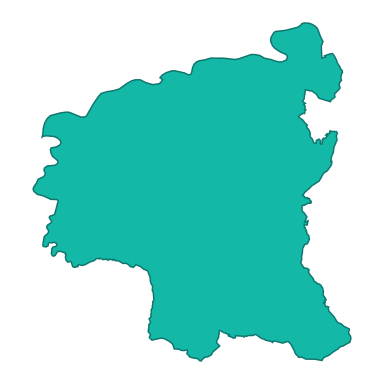 outline of Mica, Cluj, Romania
{"feature_id": "2599482B98044296653209", "entity_name": "Mica", "entity_type": "district", "adm_level": 2, "iso_a3": "ROU", "parent_name": "Romania", "parent_adm1": "Cluj", "projection": "natural_earth1", "projection_center": [23.988, 47.128], "detail": "fine", "context": "isolated", "style": "filled", "palette": "teal", "viewbox_px": 384, "rotation_deg": 0, "n_neighbors": 0, "source": "geoboundaries", "source_scale": "gbopen_adm2", "svg_char_len": 5920}
<svg xmlns="http://www.w3.org/2000/svg" viewBox="0 0 384 384"><path d="M322.0,360.5L323.1,358.3L324.7,357.1L329.0,355.2L333.0,352.1L338.3,348.7L340.4,346.6L343.1,346.0L347.6,343.3L349.8,342.4L350.9,338.7L350.5,336.1L348.7,333.6L348.7,331.8L349.4,329.7L349.2,328.9L343.9,326.3L341.1,323.8L338.5,322.9L337.3,322.1L333.7,316.4L329.1,311.4L328.2,308.6L328.7,307.0L327.6,306.5L325.6,306.4L324.5,303.7L323.6,303.3L323.7,302.8L325.1,302.7L324.8,302.1L325.1,301.8L324.8,301.1L324.4,301.0L324.5,300.6L326.2,299.8L323.2,295.0L323.1,293.1L323.5,291.8L322.4,287.3L321.5,286.8L321.1,285.5L319.3,284.0L317.6,283.8L316.3,282.4L314.2,281.4L313.2,278.6L308.9,273.3L308.6,271.7L309.1,269.9L307.5,268.5L303.7,267.8L303.7,267.3L302.8,266.4L301.1,263.4L301.0,261.5L301.8,259.7L301.5,257.2L302.4,252.5L302.6,248.7L304.5,244.9L305.8,244.0L306.8,244.1L307.9,242.8L309.5,238.9L308.8,237.8L309.1,237.0L308.5,235.1L307.1,234.2L306.4,230.5L305.7,229.5L305.2,227.7L304.2,226.6L304.3,224.9L307.2,225.0L308.0,220.8L304.7,222.4L306.9,216.8L304.0,212.7L302.0,210.9L302.1,206.5L302.4,205.5L304.6,205.2L307.9,203.2L310.7,203.3L311.4,201.7L311.3,201.3L310.3,200.8L309.4,198.6L308.5,198.3L308.0,198.8L307.3,197.7L305.3,197.8L304.2,196.3L302.6,195.5L304.9,192.2L309.8,188.0L311.4,186.1L319.3,180.9L323.5,173.3L327.4,170.7L331.5,164.8L331.9,161.3L330.7,161.1L331.7,156.1L333.4,152.3L333.9,147.3L337.0,140.0L336.3,135.8L337.4,133.2L336.5,131.6L331.6,131.4L330.2,130.8L329.7,131.5L329.6,133.5L326.9,133.8L325.8,135.1L327.6,135.4L326.1,137.5L324.7,138.5L323.6,138.2L322.6,139.1L322.2,140.3L322.9,140.7L322.7,141.5L322.2,141.8L322.0,144.2L320.2,143.8L320.5,141.5L319.7,139.5L318.6,139.2L316.5,140.4L316.2,141.2L316.4,142.8L314.6,143.3L313.7,142.7L312.5,139.3L310.3,136.8L310.0,132.4L308.7,129.5L306.9,127.6L306.5,125.5L307.2,125.3L306.9,124.6L304.7,122.6L302.8,120.0L299.8,117.9L298.4,116.4L301.8,113.9L303.1,113.4L304.4,113.6L304.9,112.3L304.9,110.8L305.9,109.9L304.6,108.8L305.0,108.1L305.1,106.7L304.9,105.8L303.7,104.3L305.3,103.4L302.4,101.4L304.0,99.1L304.4,96.9L304.3,95.8L304.9,94.2L305.3,89.6L309.1,90.7L311.3,90.8L312.7,91.5L316.3,94.1L318.9,98.2L330.4,101.7L330.8,100.4L335.0,97.0L334.4,94.5L334.9,93.6L339.9,88.5L339.8,86.5L339.2,85.8L339.2,84.7L339.8,82.2L341.5,80.4L340.8,77.7L341.4,74.5L342.5,72.5L342.3,70.6L340.4,68.7L340.0,67.1L337.3,62.9L336.5,60.1L334.2,55.7L332.4,53.5L329.1,54.2L324.6,55.8L325.5,57.0L321.8,57.9L321.3,46.1L323.0,41.5L320.7,37.3L318.3,30.6L317.1,28.1L314.9,26.0L311.8,24.2L309.0,23.2L304.1,23.0L302.0,23.6L300.1,25.7L297.3,27.4L285.3,30.4L275.4,31.5L273.8,32.7L271.5,36.5L270.7,38.6L270.7,41.6L272.5,45.7L274.7,48.2L277.1,49.9L280.6,52.1L286.4,54.7L287.5,56.6L286.5,59.9L282.3,61.8L279.6,62.0L275.1,61.0L271.3,59.6L264.5,58.2L259.6,55.4L254.5,54.5L250.9,54.6L239.1,58.7L235.1,59.5L223.9,58.2L210.8,58.1L204.3,60.0L199.5,60.7L196.6,61.9L194.2,64.1L192.6,67.6L191.7,72.2L191.0,74.0L189.8,74.7L188.4,74.8L184.3,72.9L175.0,70.8L171.7,70.9L166.4,72.6L162.3,75.1L160.0,77.7L162.6,79.8L160.3,82.9L158.4,83.9L152.7,84.6L146.0,82.7L140.2,79.8L135.4,79.8L131.7,80.8L127.2,83.3L119.2,89.0L113.9,90.6L107.1,91.7L101.9,93.2L101.0,93.7L98.7,96.2L93.4,103.8L86.5,115.9L84.7,117.0L81.0,117.1L69.5,112.4L66.7,112.1L61.0,112.8L50.4,115.6L47.0,118.8L44.7,123.1L43.2,128.7L42.9,133.8L42.2,137.0L43.1,136.3L46.3,135.8L54.2,136.5L57.8,138.2L59.9,140.1L60.8,141.7L60.9,143.4L59.3,145.4L56.0,147.0L51.5,147.8L50.7,148.6L50.4,150.1L51.0,153.2L52.5,156.3L57.0,160.0L57.9,161.4L58.0,162.5L57.1,163.8L54.7,165.4L47.5,165.9L44.6,167.9L43.9,170.0L45.3,173.0L44.9,175.2L42.9,177.1L38.2,179.2L36.3,183.4L33.8,186.9L33.1,189.2L34.0,191.5L37.4,194.4L43.5,195.9L50.7,199.3L57.2,199.6L58.2,200.9L54.7,214.2L53.8,214.9L49.9,216.2L49.4,216.8L49.4,218.1L51.4,221.0L51.6,222.0L50.8,223.0L47.8,224.9L46.9,226.2L46.8,227.8L48.5,230.6L48.6,232.1L47.5,233.8L45.3,235.5L44.1,237.2L42.9,244.5L42.9,245.8L43.5,246.5L46.1,246.9L47.9,246.0L48.5,243.2L49.4,242.7L52.1,242.8L54.0,242.3L56.5,243.3L56.9,244.8L56.5,245.7L55.4,246.6L53.1,247.0L51.9,248.6L51.4,253.5L52.3,255.7L53.5,256.1L55.1,255.5L57.2,252.0L58.3,251.4L61.2,251.5L64.9,252.9L65.4,253.2L65.4,254.4L66.1,254.9L65.4,257.2L66.2,260.5L67.9,262.1L70.0,261.5L71.1,261.8L72.7,266.5L73.8,267.2L75.2,267.3L75.7,266.7L77.7,266.8L78.2,266.0L78.1,264.8L78.5,264.6L82.2,265.4L84.9,264.8L90.1,261.9L94.3,260.6L95.9,258.9L98.8,258.3L99.2,258.9L99.9,258.2L103.4,259.7L106.3,259.0L107.1,259.9L107.8,259.5L108.6,260.1L108.8,259.4L111.7,259.5L112.5,260.1L112.8,259.5L113.5,259.9L114.6,259.4L115.0,260.6L119.0,261.0L122.8,263.4L125.8,263.3L128.8,264.6L129.3,265.8L130.6,266.6L133.3,267.4L136.0,264.7L140.5,266.6L144.1,269.5L145.0,269.4L145.9,270.2L147.6,270.7L150.1,277.6L150.5,281.8L151.3,284.2L152.6,286.0L152.3,290.6L153.3,292.5L153.9,299.9L152.7,301.9L152.9,303.8L152.3,306.0L152.6,307.5L151.2,309.8L151.4,313.3L150.7,314.6L151.1,315.8L150.9,317.1L149.1,318.7L150.6,322.6L148.8,324.6L148.9,327.9L148.3,329.5L148.6,330.3L148.1,331.6L150.6,334.7L149.4,337.0L149.4,337.7L151.9,340.1L160.8,338.1L164.2,338.6L168.7,341.0L172.2,343.5L173.6,346.6L174.2,348.9L179.5,349.3L180.8,350.3L184.0,350.6L187.1,350.0L187.7,350.8L186.9,353.6L190.0,357.1L194.7,358.3L197.0,358.5L198.4,359.2L199.4,360.5L201.0,361.0L203.9,357.9L205.2,357.2L207.8,356.8L210.7,355.3L211.5,354.5L212.8,352.0L219.7,346.0L216.8,342.8L216.4,341.6L218.6,337.3L218.7,335.0L219.2,333.9L219.1,331.0L219.9,330.3L223.8,332.7L225.0,332.8L226.7,333.8L228.7,334.3L229.9,335.2L228.6,334.8L228.3,335.3L228.6,336.1L229.7,336.1L230.2,336.7L231.6,337.0L233.5,338.2L235.5,337.6L235.3,336.2L235.8,335.7L242.3,336.2L244.1,337.0L244.4,336.1L244.9,335.8L246.5,336.4L248.4,335.5L252.8,335.5L255.8,334.3L260.3,337.7L262.6,338.8L264.3,339.2L265.5,340.2L271.7,341.5L272.1,342.2L272.6,342.5L273.3,341.4L275.0,341.0L282.6,343.1L288.1,341.4L291.1,344.5L294.3,350.7L295.3,353.5L298.9,357.4L301.7,357.1L305.8,359.1L314.9,359.2L322.0,360.5Z" fill="#14b8a6" stroke="#0f766e" stroke-width="1.5"/></svg>